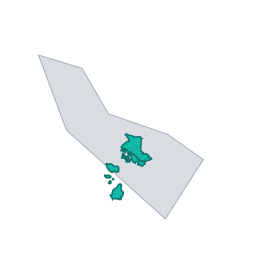 Central 2 Mahe, Mont Fleuri, Seychelles (highlighted), rotated 161°
{"feature_id": "34574756B38092183622343", "entity_name": "Central 2 Mahe", "entity_type": "district", "adm_level": 2, "iso_a3": "SYC", "parent_name": "Seychelles", "parent_adm1": "Mont Fleuri", "projection": "robinson", "projection_center": [55.478, -4.632], "detail": "fine", "context": "in_parent", "style": "filled", "palette": "teal", "viewbox_px": 256, "rotation_deg": 161, "n_neighbors": 0, "source": "geoboundaries", "source_scale": "gbopen_adm2", "svg_char_len": 5831}
<svg xmlns="http://www.w3.org/2000/svg" viewBox="0 0 256 256"><g transform="rotate(161 128 128)"><path d="M186.9,146.1L188.9,226.1L152.1,199.4L141.8,147.6L92.6,109.1L67.1,73.6L122.3,29.9L186.9,146.1Z" fill="#d9dde1" stroke="#a8b0b8" stroke-width="1"/><path d="M123.6,90.7L122.7,90.4L122.2,90.8L121.2,90.6L121.0,90.8L120.8,90.8L120.5,91.3L119.2,90.9L118.6,90.6L115.8,90.9L115.8,91.1L116.0,91.4L116.0,91.9L115.9,92.1L116.0,92.3L116.4,92.2L117.1,92.4L117.5,93.0L118.0,93.4L117.3,93.7L117.0,94.2L117.2,94.6L117.6,95.0L117.7,95.4L118.1,95.3L118.4,95.5L118.4,96.0L118.3,96.4L118.5,97.5L119.2,97.7L119.7,98.0L120.0,97.6L120.5,97.9L120.8,97.7L121.8,98.3L122.4,98.9L121.5,98.7L121.8,99.1L121.9,99.4L121.7,99.6L122.3,100.8L122.5,100.7L122.7,100.9L123.1,102.3L123.3,102.3L122.3,105.7L121.6,106.7L119.0,113.7L118.3,113.6L120.1,115.7L119.5,115.7L119.8,116.1L121.6,116.6L122.2,116.7L123.1,116.5L124.8,117.5L126.7,119.3L129.0,120.5L130.8,122.5L132.4,122.9L132.4,122.5L132.8,121.9L131.8,120.8L131.7,119.4L131.2,119.2L131.3,118.2L131.0,117.6L131.1,117.2L131.1,115.5L132.0,115.5L132.1,115.2L133.0,115.4L133.7,115.3L138.8,113.6L140.1,112.3L140.7,112.1L140.9,111.8L138.9,109.6L138.4,109.5L138.1,109.8L137.8,109.3L137.5,109.4L137.0,108.9L136.5,108.4L136.7,108.2L135.4,105.3L135.0,104.9L134.7,104.9L134.2,104.6L133.5,103.6L133.1,103.9L133.2,103.2L132.7,102.8L132.7,101.9L133.5,101.8L134.2,100.6L135.0,101.4L134.3,102.5L134.4,103.3L135.7,104.4L136.3,105.4L136.2,103.1L136.4,103.0L135.5,101.7L135.8,101.4L135.4,101.5L134.3,100.5L134.4,97.4L134.1,97.2L134.5,96.0L134.1,93.7L133.7,93.4L133.4,93.4L132.8,93.8L132.3,93.4L132.8,92.6L132.7,92.4L131.6,93.6L131.2,93.7L129.8,92.3L128.1,94.3L127.8,93.9L130.1,91.4L130.8,90.2L130.5,90.0L130.5,89.8L130.2,89.4L130.4,90.0L129.4,89.9L128.9,89.3L129.0,89.1L127.1,87.2L126.1,87.8L125.9,87.7L125.6,88.3L123.6,88.4L123.6,90.7ZM123.6,90.7L125.3,91.5L126.4,92.2L128.6,95.1L129.1,96.2L129.4,97.6L130.1,98.9L130.1,99.2L129.3,98.3L129.4,98.1L129.2,97.7L128.9,97.8L128.9,97.7L129.1,97.6L129.1,97.4L128.9,97.4L128.8,97.1L128.8,96.8L128.9,96.4L128.3,95.0L127.9,94.5L127.7,94.7L127.7,94.3L127.2,93.5L125.9,92.3L124.1,91.7L124.1,91.4L123.9,91.2L123.5,91.5L123.6,91.2L123.4,91.0L123.8,90.9L123.6,90.7ZM130.6,100.5L130.2,99.6L130.3,99.4L130.7,99.6L131.2,100.5L132.6,101.8L132.6,102.8L132.3,103.2L132.5,102.9L131.7,102.2L131.8,102.0L131.1,101.3L131.1,101.0L130.6,100.5ZM159.1,63.0L158.2,62.7L157.4,63.4L157.4,63.7L157.7,64.5L157.6,64.9L156.3,65.4L156.0,65.4L156.0,65.0L155.8,65.1L155.1,66.0L154.9,66.0L154.7,66.6L154.4,66.7L154.0,67.3L153.8,67.4L153.8,68.2L153.6,68.2L153.4,68.7L153.8,69.5L153.7,69.9L153.8,70.1L154.4,70.3L154.6,71.7L154.0,73.4L153.5,75.3L152.8,75.8L153.1,76.1L152.9,77.3L153.3,77.5L154.0,77.8L155.6,77.5L156.7,76.4L157.4,76.0L157.5,75.7L157.8,75.4L158.7,75.2L159.3,74.9L159.6,75.0L159.8,74.8L160.2,75.0L160.3,74.9L161.0,74.8L161.7,74.4L162.3,74.3L162.6,74.1L162.6,73.6L162.8,73.6L163.5,72.4L163.9,72.2L163.9,71.9L164.7,70.2L165.3,70.4L165.9,70.2L166.0,70.4L166.5,70.3L166.3,70.1L166.1,70.2L166.1,69.9L166.3,69.7L166.2,69.1L166.2,67.5L166.0,67.3L165.7,66.2L165.3,66.0L165.4,65.8L164.9,66.1L164.5,65.8L164.3,65.9L163.8,65.6L163.4,65.7L162.9,65.1L162.6,65.2L162.4,64.9L160.5,64.4L160.2,64.2L160.4,64.0L160.2,63.6L159.8,63.7L159.1,63.0ZM152.3,89.8L151.2,89.8L151.1,90.3L150.8,90.4L150.8,90.8L150.5,91.1L150.4,91.7L150.1,92.0L150.0,92.7L149.7,93.0L149.7,94.3L150.0,95.0L150.9,95.5L152.9,96.0L153.6,96.4L154.5,97.6L154.4,98.2L154.6,98.5L155.3,99.0L155.5,99.5L156.3,99.5L156.8,100.1L157.8,99.9L158.1,100.1L158.9,100.0L159.5,99.3L159.8,99.3L160.3,99.0L160.5,98.6L160.5,98.1L160.7,97.2L160.4,96.4L160.0,96.3L159.7,95.8L159.8,95.3L159.6,95.2L159.6,94.9L159.6,94.3L159.9,94.2L159.0,93.2L158.7,92.6L158.4,92.5L158.4,92.2L158.2,92.2L157.8,91.4L157.3,91.2L156.7,91.2L156.3,91.7L155.6,92.1L155.0,92.1L154.6,91.7L154.6,91.3L154.4,91.2L154.2,90.7L152.8,90.2L152.7,89.9L152.3,89.9L152.3,89.8ZM138.6,96.8L139.1,96.4L138.5,95.7L137.0,95.5L136.9,95.8L137.2,95.9L137.1,96.2L137.8,96.5L137.6,97.0L137.2,97.4L136.6,97.2L135.8,97.0L135.8,97.6L136.1,97.7L136.0,97.8L137.3,98.1L137.4,98.4L137.2,98.4L137.4,99.0L137.1,99.3L137.2,99.5L136.9,99.7L137.1,100.0L136.8,100.5L137.7,101.6L138.2,101.4L138.4,101.1L139.0,101.5L139.3,101.2L139.4,100.8L138.8,100.5L139.0,100.0L140.7,101.8L140.3,102.2L139.9,101.9L140.1,101.6L139.8,101.2L139.2,101.8L140.2,103.1L140.5,102.9L140.6,103.3L140.2,103.6L140.5,103.9L140.5,104.3L140.3,104.6L140.5,104.9L140.8,104.5L141.0,104.8L140.8,105.1L141.4,105.6L141.8,104.9L141.4,104.5L141.1,104.0L141.6,103.7L142.6,103.8L143.0,103.1L143.3,101.8L143.1,101.6L142.4,102.0L141.9,101.8L141.9,101.4L142.6,101.2L141.6,100.9L141.3,100.4L140.9,100.1L140.7,99.2L140.1,99.5L140.4,100.5L139.5,99.9L139.2,99.4L139.2,98.9L139.6,98.6L140.1,99.1L140.6,98.9L140.5,98.5L140.7,97.5L140.0,97.9L139.8,97.5L139.7,97.2L139.8,96.9L140.2,96.9L140.5,96.6L140.1,96.2L139.8,96.9L139.4,96.6L138.9,96.8L139.0,96.9L139.0,97.7L139.0,98.3L138.0,97.9L137.7,97.6L138.1,96.5L138.6,96.7L138.6,96.8ZM161.1,86.7L160.6,86.9L160.1,87.8L160.5,87.9L160.6,88.7L161.0,88.9L161.3,89.4L163.6,90.3L165.0,90.4L165.2,90.5L165.4,90.7L165.5,90.3L165.5,89.9L165.4,89.2L164.9,89.0L164.8,88.6L164.6,88.1L164.3,88.1L164.2,87.6L163.8,87.6L163.6,87.7L163.1,87.5L162.3,87.5L161.8,86.9L161.0,86.8L161.1,86.7ZM142.1,108.9L141.9,108.7L142.0,108.4L141.8,108.7L141.2,108.4L139.7,107.0L140.2,106.3L139.7,106.9L138.4,105.6L137.3,106.9L138.8,108.4L140.7,109.7L141.5,109.5L142.1,108.9ZM163.2,81.2L162.1,81.5L162.1,81.8L161.5,82.9L161.6,83.6L162.5,83.8L163.2,83.5L163.6,83.0L163.6,82.6L164.3,82.2L164.4,81.9L163.5,81.5L163.2,81.2ZM160.5,100.1L159.8,100.3L159.7,100.1L159.2,100.8L159.2,101.0L159.7,101.3L159.9,101.0L160.1,101.2L160.4,101.1L160.7,100.6L160.5,100.1ZM159.3,84.2L158.6,83.8L158.2,84.1L158.4,85.0L159.3,84.9L159.3,84.2Z" fill="#14b8a6" stroke="#0f766e" stroke-width="1.5"/></g></svg>